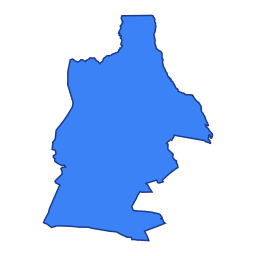 Ketu North, Volta, Ghana (Mercator projection)
{"feature_id": "2480657B52907018957478", "entity_name": "Ketu North", "entity_type": "district", "adm_level": 2, "iso_a3": "GHA", "parent_name": "Ghana", "parent_adm1": "Volta", "projection": "mercator", "projection_center": [0.996, 6.191], "detail": "fine", "context": "isolated", "style": "filled", "palette": "blue", "viewbox_px": 256, "rotation_deg": 0, "n_neighbors": 0, "source": "geoboundaries", "source_scale": "gbopen_adm2", "svg_char_len": 5642}
<svg xmlns="http://www.w3.org/2000/svg" viewBox="0 0 256 256"><path d="M211.0,143.5L210.3,142.9L210.4,142.5L210.2,142.2L209.7,142.1L209.6,141.9L209.7,141.5L209.8,141.2L209.9,140.9L208.2,138.9L208.9,136.0L209.0,134.9L209.2,134.7L209.6,134.7L209.8,135.1L210.2,136.3L210.5,137.5L210.6,137.9L210.9,138.3L211.1,138.4L211.5,138.1L211.9,137.5L212.1,136.9L212.5,135.5L212.4,134.4L212.2,133.8L210.8,132.2L209.6,130.9L209.3,130.5L208.5,128.9L207.9,128.3L206.7,127.4L205.8,126.3L205.2,125.0L206.2,125.2L206.9,125.5L207.6,125.7L208.0,125.7L208.4,125.4L208.2,124.8L208.0,124.4L207.4,122.8L206.6,121.4L206.2,120.9L204.7,116.3L203.5,114.8L203.2,113.8L203.0,113.3L202.7,113.0L202.3,112.7L202.0,112.3L201.6,111.8L201.5,111.1L201.5,110.5L201.2,109.5L201.2,106.9L201.1,106.2L200.2,105.1L199.9,104.3L199.5,103.7L199.2,103.2L198.9,102.9L198.7,102.6L198.6,102.4L197.9,102.2L197.7,101.6L196.9,101.2L195.7,100.0L194.9,98.9L194.5,98.5L193.9,97.7L193.7,97.4L193.5,96.5L193.2,96.1L192.9,95.7L192.5,95.5L192.2,95.0L191.8,95.2L191.5,95.0L191.3,94.9L190.9,94.9L190.6,94.7L190.3,94.9L190.0,94.7L189.7,94.9L189.1,94.8L188.5,94.9L187.8,94.9L187.1,95.0L186.8,94.8L186.6,94.6L186.0,94.6L184.5,94.1L184.0,93.3L183.8,93.1L183.3,93.1L183.0,93.2L182.7,93.2L181.6,93.0L181.2,92.6L180.7,92.3L180.3,92.0L179.6,92.0L178.9,91.5L178.4,91.4L178.0,91.2L178.1,90.4L178.0,89.8L177.7,89.4L177.6,89.0L177.4,88.8L176.9,88.7L176.3,88.1L175.9,88.0L175.5,87.4L175.2,86.6L175.1,85.9L174.7,85.4L174.0,84.0L173.3,83.1L172.6,81.7L172.3,81.3L172.0,81.1L171.2,81.0L171.0,80.8L170.9,80.1L171.1,79.9L170.9,79.6L170.4,79.4L170.1,79.0L170.1,78.9L170.4,78.5L170.1,78.5L169.8,78.5L169.2,78.0L169.1,77.8L169.1,77.3L168.6,77.1L168.3,76.8L168.3,76.5L168.2,76.3L167.8,76.0L167.5,75.4L167.2,74.2L167.2,73.7L167.1,73.3L166.5,72.4L165.7,71.6L165.4,70.3L165.1,69.9L164.6,68.6L163.5,66.7L163.2,65.8L163.1,64.7L162.7,63.5L162.6,62.0L162.6,61.3L162.9,60.2L163.0,59.3L162.8,58.9L162.3,58.6L162.1,58.3L162.0,58.1L162.1,57.0L161.9,56.1L162.0,55.0L162.1,54.1L161.9,53.5L161.9,53.0L161.4,52.6L160.9,51.6L159.7,50.9L159.3,50.8L158.6,50.2L157.7,49.8L157.2,49.1L156.9,49.0L155.9,48.0L155.8,47.9L155.8,47.7L156.1,47.2L156.0,46.5L155.3,45.0L155.3,44.5L154.9,43.3L154.9,42.4L155.1,40.3L155.0,39.6L154.7,39.1L154.8,38.4L153.8,34.5L155.0,31.9L155.7,27.3L155.9,26.2L155.6,25.3L155.5,24.7L155.6,23.6L155.5,22.8L154.9,22.3L154.7,21.8L154.6,21.6L154.6,21.3L154.8,20.4L154.7,18.7L154.5,18.3L154.1,17.8L153.9,17.6L153.5,17.5L153.1,16.0L152.3,15.4L121.8,15.8L121.2,18.2L122.0,20.4L122.9,21.4L122.8,21.8L122.7,21.9L122.3,22.0L122.4,22.8L122.6,23.1L122.4,23.4L122.3,23.7L121.9,24.0L121.7,24.4L121.2,24.9L121.0,25.4L121.0,25.7L120.8,25.9L120.5,25.9L120.3,26.7L120.4,26.8L120.9,27.3L120.5,29.2L119.8,30.1L118.6,32.8L118.6,33.2L119.4,33.1L119.8,34.0L119.1,35.0L119.4,35.1L119.8,35.8L121.2,35.6L121.2,36.8L120.9,37.2L120.7,37.4L120.5,37.9L120.4,38.0L121.5,39.1L121.7,39.4L121.9,40.5L121.8,41.3L121.1,43.2L120.9,44.4L120.9,44.7L121.2,45.0L121.7,45.1L122.0,45.0L122.4,45.3L122.4,45.5L121.7,46.4L121.7,46.9L121.1,48.0L120.7,48.3L120.1,48.0L119.8,49.2L118.7,50.0L118.6,50.4L118.2,52.0L112.5,54.1L110.3,55.7L106.9,55.8L103.5,58.6L102.9,60.7L99.7,63.7L99.3,63.2L98.8,62.4L98.2,61.6L96.3,60.6L95.6,59.3L94.6,58.3L94.2,58.0L94.1,57.8L92.7,58.3L91.8,58.0L90.8,57.9L90.6,57.8L90.4,57.8L90.1,57.8L88.2,59.6L87.1,60.0L86.9,60.2L86.5,60.5L86.2,60.4L86.0,60.5L85.3,61.6L82.5,59.8L82.2,59.8L80.8,59.8L80.4,60.2L79.8,60.8L79.2,61.4L78.5,61.8L77.4,62.0L77.2,62.0L76.9,61.9L76.2,61.5L75.4,61.2L73.2,59.4L72.7,59.1L72.4,59.0L70.2,59.9L68.9,66.6L68.5,68.3L67.9,71.9L67.8,73.5L67.9,78.1L67.7,84.5L73.1,102.5L72.3,107.2L68.1,114.2L63.5,121.0L56.2,130.2L55.2,139.2L52.8,142.3L52.7,145.0L52.2,148.6L52.1,149.4L55.2,150.3L56.1,153.8L53.2,156.0L53.5,157.7L54.8,158.6L54.8,161.2L56.7,162.7L58.1,163.6L61.9,165.5L64.3,165.1L65.6,167.0L62.3,167.4L60.9,168.5L62.0,171.3L62.1,171.6L62.2,172.6L62.1,173.4L61.8,174.2L61.7,174.5L56.1,179.9L55.0,181.2L55.2,181.8L55.6,182.4L55.7,182.8L60.0,185.0L58.7,187.3L49.4,208.9L48.5,212.8L45.1,219.0L43.5,222.6L45.2,223.4L45.8,223.6L46.5,223.7L51.5,227.4L55.0,226.5L56.3,225.9L57.8,225.8L64.2,226.0L72.5,226.4L79.5,227.1L87.8,227.2L89.5,227.5L91.7,228.2L95.2,228.8L103.3,230.1L109.3,231.2L114.9,231.7L116.7,232.0L121.0,234.4L125.6,236.5L126.7,237.1L127.2,237.2L130.2,237.2L131.3,237.4L131.9,239.6L135.2,239.6L137.9,240.2L138.7,240.0L148.8,240.6L147.3,236.7L144.6,231.1L160.0,225.3L165.2,223.1L164.5,222.7L163.6,221.8L162.7,219.4L162.0,219.0L161.1,219.0L160.9,218.8L160.9,218.5L161.1,218.3L161.8,218.2L162.0,218.1L162.1,217.9L162.1,217.6L161.6,216.6L160.6,215.4L160.1,214.5L159.1,214.0L158.4,213.8L157.0,213.4L153.5,212.7L151.7,212.2L144.3,211.4L137.6,211.0L133.3,210.5L131.7,206.6L136.5,198.1L137.3,196.0L138.0,194.6L139.0,193.1L140.0,191.7L141.8,192.2L152.0,192.0L149.1,187.6L148.4,186.1L148.1,185.5L147.7,185.0L146.0,183.4L156.6,180.1L156.9,180.5L157.2,181.4L157.5,182.2L158.0,182.7L159.3,183.0L163.2,181.8L162.3,180.1L169.1,173.9L175.7,168.8L176.5,168.5L178.0,167.4L177.1,163.7L176.1,162.2L176.3,162.0L176.6,161.5L176.5,160.9L175.5,160.2L174.6,160.0L174.3,159.7L173.9,158.6L173.3,158.2L172.9,157.8L172.7,157.2L172.6,156.6L172.8,156.0L172.9,155.3L173.1,155.1L173.2,154.8L173.2,154.3L168.3,149.6L168.0,149.1L167.8,148.9L167.8,148.5L167.9,147.8L167.8,147.0L168.0,146.1L168.0,145.9L167.7,145.6L167.6,145.4L167.9,145.1L167.8,144.9L168.0,144.6L168.0,144.4L167.9,144.1L166.5,143.3L167.3,142.2L167.7,141.8L168.8,141.3L170.4,139.9L171.2,139.8L171.6,140.2L171.9,140.3L172.1,139.2L172.3,139.0L173.9,136.8L174.0,136.3L174.1,135.2L204.6,140.6L205.5,141.7L207.9,142.3L209.8,143.2L211.0,143.5Z" fill="#3b82f6" stroke="#1e3a8a" stroke-width="1.5"/></svg>